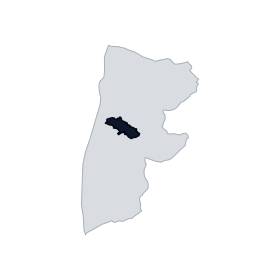 District #3, Grand Bassa, Liberia (highlighted), rotated 64°
{"feature_id": "62588387B53220692513074", "entity_name": "District #3", "entity_type": "district", "adm_level": 2, "iso_a3": "LBR", "parent_name": "Liberia", "parent_adm1": "Grand Bassa", "projection": "orthographic", "projection_center": [-9.497, 6.317], "detail": "fine", "context": "in_parent", "style": "filled", "palette": "ink", "viewbox_px": 256, "rotation_deg": 64, "n_neighbors": 0, "source": "geoboundaries", "source_scale": "gbopen_adm2", "svg_char_len": 6103}
<svg xmlns="http://www.w3.org/2000/svg" viewBox="0 0 256 256"><g transform="rotate(64 128 128)"><path d="M45.1,109.2L47.3,107.3L50.4,101.5L54.8,96.0L58.9,92.6L62.2,89.2L65.6,86.6L70.6,83.6L78.1,75.6L79.9,74.6L81.1,69.1L83.0,62.0L85.2,59.8L90.3,58.5L91.5,57.3L93.3,52.3L94.5,46.5L94.6,45.2L96.6,45.1L100.0,43.8L102.0,44.4L102.9,46.1L103.4,47.5L113.8,43.8L114.7,43.1L115.3,43.2L116.6,46.5L117.3,46.3L117.9,45.4L118.6,45.3L119.5,45.7L120.3,47.2L121.6,48.6L123.9,49.6L125.3,50.9L125.1,54.4L125.7,57.8L126.7,58.6L127.2,60.6L127.5,62.8L128.0,64.0L128.4,66.2L128.2,68.6L128.6,70.3L130.3,73.3L131.3,76.9L131.3,79.6L130.7,82.3L129.6,84.8L127.6,87.6L127.5,88.6L128.6,89.3L130.4,89.5L131.9,88.9L135.6,90.2L137.5,92.0L139.2,94.2L140.7,95.3L141.4,96.7L144.1,96.4L147.1,95.0L147.7,94.4L148.6,94.7L150.6,94.8L152.0,92.4L153.1,89.6L155.4,86.5L156.6,85.4L156.9,83.4L157.0,80.9L157.9,78.7L159.8,77.5L161.9,77.6L163.1,78.0L163.7,80.1L165.4,81.7L166.8,82.8L167.6,83.3L168.8,84.5L170.0,88.8L174.5,102.5L174.3,106.2L173.4,108.7L173.4,111.1L173.1,113.5L170.3,117.4L162.2,125.5L162.8,126.2L164.8,127.1L166.8,127.6L168.4,127.3L170.4,129.3L172.6,131.8L175.0,133.1L178.3,134.3L181.3,134.4L183.8,133.9L187.3,134.4L191.1,136.5L192.4,139.9L193.3,142.9L194.6,144.4L194.8,147.0L197.5,149.3L201.3,149.7L206.2,152.4L207.5,152.2L208.0,151.9L208.6,152.4L209.9,160.1L210.9,164.2L210.4,165.9L209.7,167.2L209.7,173.4L207.5,177.0L207.1,180.9L206.5,182.2L204.1,183.3L204.1,186.3L203.5,190.0L203.2,193.8L203.9,203.9L204.1,211.5L205.2,212.9L200.5,212.3L186.8,206.6L176.2,203.3L140.9,184.5L131.1,176.9L119.8,165.7L94.7,142.9L89.0,139.3L81.7,137.5L77.3,135.6L74.1,133.5L71.6,127.2L65.3,123.4L53.8,118.1L45.1,109.2Z" fill="#d9dde1" stroke="#a8b0b8" stroke-width="1"/><path d="M132.6,120.9L132.7,121.1L132.8,121.2L132.7,121.4L132.7,121.5L132.4,121.6L132.1,121.7L132.0,121.8L131.8,122.0L131.5,122.1L131.4,122.2L131.2,122.3L131.2,122.6L130.8,123.2L130.6,123.4L130.4,123.6L130.2,123.6L130.0,123.3L129.9,123.2L129.4,123.8L129.1,124.1L129.1,124.3L128.8,124.7L128.7,124.9L128.5,125.1L128.4,125.1L128.2,125.0L128.0,124.9L127.9,124.9L127.9,125.1L128.0,125.3L128.0,125.5L127.9,125.5L127.7,125.4L127.3,125.3L127.2,125.6L127.3,125.8L127.1,125.8L126.9,125.6L126.8,125.9L126.8,126.0L126.7,126.1L126.3,126.0L126.2,125.9L126.1,125.7L125.8,125.7L125.7,125.8L125.8,126.0L126.0,126.4L126.0,126.5L125.9,126.5L125.7,126.4L125.5,126.5L125.4,126.5L125.1,126.9L125.1,127.1L124.7,127.0L124.3,127.2L124.2,127.2L124.0,126.9L123.8,126.9L123.7,127.0L123.7,126.9L123.5,126.7L123.3,126.7L123.2,126.7L122.7,126.8L122.7,127.1L122.7,127.3L122.6,127.5L122.3,127.6L122.0,127.6L121.8,127.7L121.5,128.1L121.3,128.2L121.1,128.4L120.9,128.5L120.6,128.6L120.2,128.8L120.1,129.0L120.0,129.3L119.6,129.6L119.4,129.7L119.3,129.8L119.2,130.0L118.7,130.2L118.4,130.4L118.2,130.4L117.9,130.3L117.5,130.1L116.8,129.9L116.7,129.9L116.5,130.0L116.2,129.9L115.9,129.9L115.6,129.9L115.4,130.0L115.2,130.1L114.9,130.2L114.9,130.4L114.7,130.8L114.9,130.9L115.1,130.9L115.3,130.8L115.5,131.0L115.7,131.4L115.6,131.6L115.5,131.8L115.2,132.1L115.0,132.5L114.7,133.1L114.7,133.3L114.8,133.5L115.0,133.5L115.3,133.9L115.3,134.0L115.5,134.3L115.6,134.5L115.5,134.8L115.3,134.8L115.0,135.0L114.8,135.1L114.8,135.3L114.7,135.5L114.5,135.8L114.4,135.9L114.4,136.1L114.2,136.3L113.8,136.3L113.5,136.0L113.4,136.0L113.1,136.0L113.0,136.3L112.9,136.5L112.7,137.0L112.5,136.9L112.4,136.9L112.3,137.0L112.3,137.3L112.2,137.4L112.0,137.7L111.8,137.8L111.7,138.0L111.7,138.4L111.7,138.7L111.8,138.9L111.9,139.1L111.9,139.3L111.6,139.5L111.8,139.8L111.9,140.0L111.7,140.3L111.6,140.5L111.3,140.6L111.1,140.8L111.1,141.2L111.1,141.7L111.1,142.2L111.1,142.4L111.0,143.1L111.2,143.3L111.5,143.3L111.9,143.2L112.2,143.3L112.4,143.5L112.4,143.9L112.7,144.2L113.3,144.8L113.6,145.0L113.5,145.4L113.7,145.5L113.7,146.0L113.8,146.1L114.4,145.6L114.7,145.3L114.8,145.0L115.1,144.8L115.4,144.6L115.7,144.4L115.9,144.2L116.1,144.0L117.0,143.4L117.0,143.2L117.4,142.6L117.5,142.4L117.8,142.2L118.0,141.7L118.3,141.3L118.7,141.1L119.0,141.0L119.6,140.6L119.8,140.5L120.1,140.2L120.4,140.0L120.7,139.9L121.0,139.8L121.3,139.7L121.4,139.8L121.4,140.0L121.1,140.3L121.2,140.5L121.3,140.6L121.4,140.8L121.5,140.9L121.8,140.8L121.8,140.7L122.0,140.5L122.0,140.4L122.2,140.2L122.3,140.0L122.3,139.8L122.5,139.6L122.7,139.4L122.8,139.2L123.0,139.0L123.0,138.8L123.2,138.7L123.7,138.0L123.7,137.9L123.9,138.0L124.3,137.9L125.0,137.6L125.3,137.4L125.5,137.3L125.8,137.3L126.0,137.2L126.2,136.9L126.4,136.5L126.6,136.5L126.9,136.8L127.4,137.1L127.6,137.4L128.0,138.2L128.3,138.7L128.4,139.5L128.5,139.5L128.8,139.6L129.0,139.6L129.5,139.5L129.6,139.4L129.6,139.1L129.8,139.0L129.8,138.9L129.8,138.7L129.7,138.2L129.5,137.8L129.5,137.7L129.4,137.5L129.5,137.3L129.4,137.2L129.4,136.9L129.4,136.7L129.5,136.4L129.5,136.1L129.5,135.9L129.5,135.6L129.5,135.4L129.5,135.2L129.5,134.9L129.6,134.7L129.8,134.4L129.8,133.9L129.7,133.9L129.8,133.8L129.7,133.7L129.8,133.6L129.9,133.4L130.0,132.9L130.1,132.7L130.2,132.8L130.3,132.9L130.5,132.8L130.8,132.9L130.9,133.1L130.9,133.3L131.0,133.3L131.3,133.4L131.4,133.5L131.5,133.6L131.8,133.5L132.0,133.5L132.3,133.6L132.7,133.1L132.8,133.0L132.8,132.9L132.8,132.5L132.8,132.2L132.9,131.9L133.0,131.8L133.3,131.8L133.8,131.8L134.0,131.9L134.5,131.9L135.0,131.8L135.2,131.7L135.4,131.5L135.8,131.5L136.3,131.4L136.5,131.3L137.0,131.1L137.3,130.7L137.5,130.5L137.8,130.3L138.1,130.2L138.4,130.0L139.0,129.4L139.0,129.2L138.9,128.8L138.8,128.2L138.9,127.7L138.9,127.3L139.1,126.8L139.4,126.3L139.5,125.5L139.7,125.1L139.8,124.7L139.5,122.9L139.7,121.8L138.9,120.8L138.8,120.7L138.6,120.5L138.5,120.8L138.4,120.9L138.4,121.0L138.2,121.0L138.2,120.9L138.0,120.6L137.9,120.4L137.7,120.3L137.5,120.5L137.6,120.9L137.3,120.9L137.2,120.9L137.0,121.0L136.9,121.1L136.7,121.0L136.4,120.9L136.3,121.0L136.2,121.1L135.9,121.2L135.8,121.5L135.6,121.5L135.3,121.4L135.1,121.4L135.0,121.6L134.9,121.7L134.3,121.8L134.2,121.9L133.9,121.9L133.7,122.0L133.4,122.1L133.3,121.9L133.6,121.5L133.6,121.4L133.4,121.3L133.2,121.2L132.9,120.8L132.6,120.9L132.6,120.9Z" fill="#0f172a" stroke="#020617" stroke-width="1.5"/></g></svg>